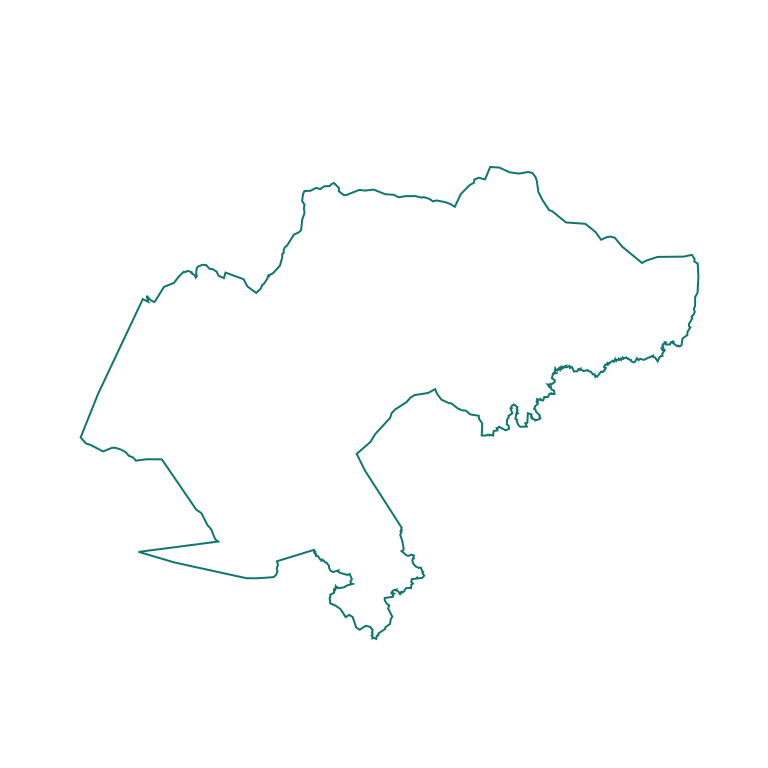 Sunyani Municipal, Brong Ahafo, Ghana, rotated 24°
{"feature_id": "2480657B55840347650819", "entity_name": "Sunyani Municipal", "entity_type": "district", "adm_level": 2, "iso_a3": "GHA", "parent_name": "Ghana", "parent_adm1": "Brong Ahafo", "projection": "orthographic", "projection_center": [-2.299, 7.228], "detail": "fine", "context": "isolated", "style": "outline", "palette": "teal", "viewbox_px": 768, "rotation_deg": 24, "n_neighbors": 0, "source": "geoboundaries", "source_scale": "gbopen_adm2", "svg_char_len": 6165}
<svg xmlns="http://www.w3.org/2000/svg" viewBox="0 0 768 768"><g transform="rotate(24 384 384)"><path d="M640.0,227.6L638.2,220.9L641.2,215.9L640.0,212.8L640.9,207.8L639.1,207.2L638.2,205.2L638.9,199.0L637.5,197.2L638.6,195.0L638.6,191.8L636.5,189.3L636.5,186.3L632.9,178.1L633.3,173.0L627.5,158.0L621.6,146.4L617.7,145.9L616.8,143.3L612.7,140.8L606.0,145.7L582.3,156.6L573.3,164.7L570.5,168.5L545.6,161.6L535.4,156.5L530.9,157.2L527.4,159.6L523.7,163.9L515.3,159.1L502.7,155.8L484.5,162.4L467.3,157.7L464.3,158.1L454.1,151.6L446.9,145.8L441.2,136.6L438.5,133.5L433.7,130.8L429.3,131.8L421.5,137.0L412.8,139.5L401.2,139.4L392.7,142.6L393.1,156.0L386.7,157.0L383.4,160.4L384.3,163.5L381.5,167.2L376.9,179.2L376.6,193.3L371.6,192.6L365.7,193.0L357.2,195.0L354.3,197.3L350.3,196.4L344.2,197.1L342.7,198.4L336.2,199.6L327.3,203.6L321.5,207.4L315.8,207.2L308.0,210.1L295.6,210.6L287.8,215.1L282.5,216.7L272.8,226.6L270.6,227.8L264.3,226.3L263.3,223.4L256.5,220.7L254.5,223.1L253.9,225.3L249.0,227.7L246.5,231.8L242.2,232.5L238.2,237.4L232.8,240.1L232.8,243.6L234.8,250.2L238.4,252.5L239.4,256.2L241.8,260.0L242.5,267.4L245.7,277.2L244.5,280.1L240.9,284.2L239.1,297.1L237.8,299.5L237.9,303.0L239.1,304.8L238.2,306.8L239.5,309.4L240.8,318.3L237.5,328.0L235.3,330.8L235.3,332.0L234.2,331.7L234.5,335.8L233.4,341.7L232.5,343.0L232.6,347.0L230.2,352.8L219.4,350.4L213.1,345.4L193.9,346.7L194.7,352.4L189.0,352.4L185.2,349.4L180.8,348.8L177.9,349.7L173.1,347.7L169.6,349.0L166.1,352.6L165.9,354.4L167.0,358.5L169.1,361.7L168.8,363.3L166.5,361.5L163.1,361.1L163.0,360.2L159.8,360.3L158.0,361.1L157.0,362.7L155.5,362.8L152.9,369.0L151.0,377.1L143.5,384.8L141.1,402.4L137.2,402.5L131.3,400.0L135.3,404.9L129.1,404.5L126.8,509.7L128.6,556.2L135.7,559.5L141.0,559.0L154.8,559.9L161.5,552.9L164.7,551.5L170.8,550.9L175.6,551.3L180.2,553.4L184.6,553.2L188.6,554.9L197.7,549.3L211.7,543.2L263.5,575.1L269.8,576.3L279.8,584.5L285.1,586.9L292.8,594.4L296.5,595.4L228.1,637.2L265.5,632.2L337.2,617.4L347.1,613.1L361.8,605.3L363.0,602.3L362.9,598.5L361.1,596.2L360.6,592.1L358.3,589.5L387.4,564.1L389.3,565.1L388.5,566.0L389.5,567.1L391.0,566.7L391.7,568.8L393.9,568.2L396.9,570.2L398.7,569.6L398.8,570.8L400.8,569.7L402.6,570.8L404.2,570.6L407.8,572.5L408.5,574.3L411.4,576.4L413.9,576.5L418.2,572.8L418.3,574.0L420.7,574.4L428.3,573.3L430.0,571.6L434.1,575.5L433.6,578.2L434.6,579.5L436.6,579.4L431.9,583.4L430.2,586.0L425.5,589.0L423.9,588.5L423.6,589.5L422.2,588.5L423.1,592.1L421.9,592.1L423.3,595.1L420.6,598.3L421.6,600.3L421.3,601.4L424.1,606.3L430.0,606.2L435.8,607.3L443.9,612.6L446.1,609.1L450.1,609.6L457.6,617.7L461.7,618.4L465.7,612.3L470.2,611.5L473.8,613.4L473.9,615.8L475.1,616.5L475.1,618.7L475.8,618.5L476.8,621.0L477.5,620.1L480.6,620.0L479.8,617.0L481.1,615.9L480.4,614.0L484.6,607.5L484.3,605.5L487.1,600.7L485.8,596.0L486.3,593.3L479.0,587.3L478.8,584.1L475.9,583.6L472.8,581.5L471.7,579.2L478.6,574.8L478.5,573.3L476.7,572.4L478.1,571.4L475.7,571.2L476.6,568.5L479.0,566.7L479.0,567.7L481.4,567.6L484.1,569.4L484.3,566.8L485.1,566.5L485.4,567.2L486.8,565.1L486.9,562.1L488.5,560.6L491.7,559.5L490.6,556.1L491.7,554.6L489.4,553.7L488.8,551.0L492.6,548.7L493.0,547.3L494.1,547.8L497.7,545.7L498.7,542.7L496.0,541.1L496.2,539.7L495.1,539.6L492.3,536.7L490.4,537.9L486.7,537.7L483.5,536.0L481.8,533.9L481.4,532.4L482.2,531.0L481.2,530.4L481.0,528.5L478.4,528.8L476.2,531.1L474.3,531.4L468.0,529.5L469.2,527.9L469.0,526.6L464.7,520.1L460.2,515.3L460.2,512.4L459.1,512.0L459.7,510.4L458.8,509.9L458.7,508.2L401.5,470.6L387.5,458.9L395.2,442.4L396.3,433.4L403.4,412.5L402.8,407.7L404.4,402.9L411.9,391.5L413.7,385.8L416.3,381.8L428.0,374.2L432.8,367.9L436.3,371.3L442.8,374.9L451.1,375.1L453.4,374.3L461.8,376.4L466.3,376.2L469.6,375.0L475.0,376.7L483.5,374.5L485.0,377.1L489.9,380.2L494.2,391.3L498.4,389.5L499.5,387.9L501.5,388.1L501.9,387.1L504.6,386.8L503.3,382.3L506.5,380.2L505.0,378.5L506.0,378.2L506.4,376.3L514.1,376.8L516.5,374.0L514.7,371.4L512.6,370.9L510.9,366.3L511.6,364.0L510.7,362.6L513.2,358.6L509.5,354.8L510.5,353.9L509.7,353.4L509.7,351.7L511.1,349.9L515.2,350.8L515.3,352.6L516.7,353.5L516.5,355.4L517.4,355.8L517.1,356.7L518.0,356.6L517.2,358.2L518.3,362.5L520.3,362.7L520.4,363.9L523.2,366.7L525.7,367.7L531.8,364.8L529.0,362.3L530.7,361.1L527.3,352.2L531.2,351.8L531.3,353.5L532.6,355.0L533.0,354.3L534.2,355.4L536.7,355.1L537.1,355.8L540.5,352.6L540.7,351.3L539.2,350.6L539.0,349.3L534.3,347.6L532.6,345.6L531.3,345.7L531.1,343.0L532.5,339.5L530.6,338.2L530.6,337.4L531.5,337.3L530.0,335.6L532.4,335.2L533.0,334.1L533.7,334.9L536.1,334.3L535.7,330.7L539.0,329.3L539.2,325.7L540.7,324.4L541.2,325.1L543.8,323.8L542.1,321.0L539.1,320.8L537.7,318.8L536.7,319.7L533.7,317.9L535.8,317.4L535.9,316.2L537.1,316.4L539.1,312.7L538.5,311.1L535.0,310.4L534.2,305.9L534.5,304.9L535.4,305.2L536.7,304.0L535.2,304.2L534.2,300.3L535.6,301.5L536.2,300.6L536.9,301.0L537.2,299.0L538.8,299.5L538.0,298.0L538.7,298.8L539.9,298.3L538.1,297.2L538.8,296.1L539.7,296.7L541.3,296.3L540.5,294.5L541.3,295.2L542.6,293.8L542.5,294.8L543.9,294.6L546.1,292.0L547.3,293.7L548.9,292.1L552.5,295.3L555.4,293.8L555.6,291.2L556.5,291.3L557.2,290.1L557.7,291.3L558.7,290.5L560.9,291.1L564.5,288.4L565.5,289.1L568.2,288.6L570.8,290.3L572.4,289.4L574.1,291.4L574.4,290.5L575.7,290.6L577.3,284.3L579.3,284.0L579.7,281.2L580.8,280.9L579.8,280.8L580.1,279.1L578.1,279.0L578.3,276.2L580.6,275.5L581.1,274.4L579.6,274.6L579.6,273.7L581.1,273.7L583.3,269.8L584.7,270.2L585.0,267.8L585.5,268.8L586.0,267.5L586.9,268.2L587.1,267.1L588.9,266.4L588.4,265.4L590.8,265.6L590.4,264.1L592.1,263.8L591.6,262.8L592.7,263.0L594.5,261.2L596.1,261.9L596.9,261.3L598.1,262.0L600.0,261.6L600.9,262.8L603.0,262.8L604.2,261.8L604.6,257.6L606.9,258.7L607.7,256.8L611.5,256.3L618.3,248.6L619.0,249.9L620.7,249.5L624.8,251.9L624.7,248.3L625.5,246.1L627.0,245.1L625.9,243.2L626.5,239.7L624.8,239.8L623.3,238.7L625.4,238.3L623.8,237.5L623.9,236.1L622.9,236.2L622.5,234.4L623.9,233.1L623.3,231.6L624.7,231.5L624.5,232.6L625.8,233.2L629.2,231.5L629.1,229.0L630.3,228.8L630.7,227.5L631.5,227.8L631.0,229.0L636.6,230.2L637.3,229.2L638.7,229.5L640.0,227.6Z" fill="none" stroke="#0f766e" stroke-width="2"/></g></svg>